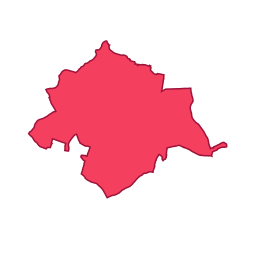 the district of Bicaz, Maramures, Romania, rotated 310°
{"feature_id": "2599482B90177123202958", "entity_name": "Bicaz", "entity_type": "district", "adm_level": 2, "iso_a3": "ROU", "parent_name": "Romania", "parent_adm1": "Maramures", "projection": "orthographic", "projection_center": [23.009, 47.453], "detail": "fine", "context": "isolated", "style": "filled", "palette": "rose", "viewbox_px": 256, "rotation_deg": 310, "n_neighbors": 0, "source": "geoboundaries", "source_scale": "gbopen_adm2", "svg_char_len": 5692}
<svg xmlns="http://www.w3.org/2000/svg" viewBox="0 0 256 256"><g transform="rotate(310 128 128)"><path d="M190.4,160.6L192.1,158.8L194.1,155.7L195.3,154.5L196.0,153.4L197.1,152.0L198.1,151.3L198.8,150.5L195.8,147.3L194.8,146.0L191.9,143.0L182.0,131.9L179.4,130.8L177.6,130.2L181.3,128.1L183.8,126.5L185.1,125.8L187.6,124.2L188.4,123.9L188.6,123.9L190.5,122.2L191.8,121.4L189.6,117.2L188.5,115.5L188.0,115.7L187.9,115.5L187.4,115.6L186.6,114.0L186.1,112.6L186.4,111.9L186.5,110.8L186.6,108.3L186.8,108.3L186.9,108.0L187.0,107.9L187.7,107.5L187.9,107.1L188.3,107.2L188.6,107.1L189.8,105.7L190.1,105.5L189.8,105.0L189.8,104.7L189.1,105.3L189.0,104.7L189.0,104.3L188.4,103.1L187.6,100.9L187.2,100.2L186.4,99.2L186.3,98.9L185.6,97.9L185.1,98.0L183.4,95.2L182.7,95.0L182.6,95.4L182.1,95.2L182.4,94.3L182.7,93.9L182.4,93.4L181.5,92.4L182.6,91.4L183.0,90.5L182.4,89.6L182.0,88.6L181.7,88.3L181.7,88.2L181.0,86.3L181.1,86.1L181.3,85.7L181.5,85.5L181.9,85.5L181.9,84.8L181.8,84.4L181.5,83.9L181.2,83.6L181.7,81.5L182.1,81.3L182.1,81.1L181.7,79.0L181.1,78.1L181.1,77.8L180.7,77.2L180.0,76.8L179.6,76.3L177.6,71.9L176.4,68.6L176.5,66.5L176.3,64.7L176.5,63.2L176.8,62.7L178.2,61.0L178.7,60.8L179.7,60.6L179.4,59.7L179.4,59.4L179.9,58.4L179.9,57.5L180.4,56.7L180.9,56.1L180.8,55.6L180.5,55.2L179.5,54.6L179.0,54.6L178.3,54.2L177.4,54.0L175.1,54.5L174.7,54.5L174.2,55.0L173.8,55.2L172.2,55.6L170.9,55.7L170.0,55.6L169.1,55.4L167.4,53.5L167.0,53.4L165.6,54.0L165.2,54.7L164.8,55.6L164.1,56.4L163.7,56.8L162.0,57.2L159.6,57.2L158.1,57.1L156.6,56.8L156.1,56.4L154.6,55.7L153.2,55.6L151.5,55.1L150.8,54.7L150.1,53.9L149.7,53.7L149.0,53.7L147.0,54.0L146.3,53.8L145.3,53.1L144.5,52.9L143.1,53.1L141.6,52.7L140.2,52.9L139.3,52.9L138.3,52.7L137.4,52.4L136.8,52.4L136.6,51.5L136.0,50.0L134.6,47.0L133.9,45.2L133.5,44.7L132.8,43.3L132.6,43.0L131.8,42.4L130.4,41.7L129.1,41.4L128.0,41.4L125.2,41.8L123.8,41.5L123.0,42.2L120.9,44.6L119.8,44.9L116.0,46.7L114.4,46.8L112.4,46.5L111.6,46.1L109.9,44.8L109.3,44.2L108.7,43.4L108.0,42.7L105.7,40.9L104.7,40.4L103.5,43.0L103.4,43.9L103.0,45.2L102.9,46.0L102.4,46.9L101.7,47.7L101.6,48.1L100.6,47.9L100.2,48.8L98.9,50.9L98.6,51.6L98.4,52.0L97.6,53.2L97.3,54.0L95.8,58.7L94.7,61.4L94.3,62.1L93.0,61.0L92.3,60.5L89.2,59.6L87.1,58.9L84.9,58.5L83.3,57.8L82.6,57.5L81.9,57.3L80.4,56.6L77.8,54.9L76.9,54.4L75.6,54.0L74.8,53.9L71.8,54.2L70.2,54.6L68.7,55.5L68.2,55.7L63.6,55.8L62.4,55.6L61.6,55.1L60.5,55.5L59.8,55.6L59.5,57.4L59.4,59.1L59.4,60.5L59.0,61.9L58.5,63.2L58.0,64.9L57.9,65.9L58.1,66.9L58.0,67.6L57.9,68.7L57.5,69.7L57.3,70.8L57.4,71.6L57.2,72.2L57.3,72.8L59.4,78.7L60.1,78.6L60.6,78.7L61.2,79.0L61.5,79.0L63.1,81.1L64.9,80.3L66.3,80.0L66.8,79.7L67.1,79.7L66.8,79.3L71.1,77.1L71.9,78.8L74.4,85.6L76.2,90.1L73.5,91.4L73.0,92.0L71.9,92.9L71.2,93.4L70.1,94.0L71.3,96.1L71.7,96.5L72.1,97.2L73.2,96.7L75.3,95.0L76.6,93.4L77.4,92.7L79.2,92.1L80.4,91.9L83.7,91.6L88.4,91.6L90.1,92.6L86.8,98.4L85.9,100.9L85.7,100.9L86.0,103.4L86.3,104.6L86.3,105.3L86.7,106.6L87.0,107.4L88.0,108.5L88.2,108.8L89.1,111.2L88.2,111.6L85.6,112.6L82.5,113.6L80.1,114.7L79.9,114.4L79.3,112.8L78.6,111.9L78.2,111.1L77.6,110.6L77.2,109.9L76.9,109.8L75.5,110.6L75.6,111.0L75.4,111.2L75.4,111.4L75.2,111.6L75.3,112.0L75.0,112.9L74.7,114.2L74.7,114.7L75.1,116.1L72.6,117.2L71.1,118.1L70.6,118.3L70.1,118.6L69.0,119.0L65.2,120.8L63.5,121.4L62.8,121.8L62.9,123.1L62.9,125.3L62.5,126.8L62.2,127.4L62.0,127.6L62.1,129.8L62.3,131.6L62.6,132.2L62.8,133.0L62.8,134.1L62.9,134.3L63.7,136.1L64.1,137.1L64.9,138.7L65.3,140.1L65.0,143.3L65.0,144.1L65.1,145.0L64.9,145.8L64.7,147.5L64.3,149.0L62.9,152.8L61.2,156.7L61.2,156.9L63.8,158.0L65.0,158.6L67.1,159.9L67.8,160.7L69.3,161.6L70.4,162.0L72.3,162.9L75.1,163.3L75.8,163.3L76.9,163.6L78.3,164.2L79.7,164.6L81.3,165.3L82.1,165.8L83.9,166.7L85.3,167.1L87.9,167.4L90.0,167.4L90.6,167.5L94.2,167.5L97.0,167.7L99.0,168.1L100.5,168.9L103.2,169.2L103.7,169.6L104.4,170.4L105.5,171.2L107.8,172.4L108.4,172.8L108.8,173.3L109.6,174.4L110.1,175.6L110.5,175.4L110.9,175.1L111.7,174.6L112.9,174.3L115.9,173.1L116.1,173.0L116.2,172.7L116.3,172.5L117.2,171.9L120.9,170.2L121.7,170.2L122.4,169.6L123.1,169.6L124.6,169.1L125.9,169.1L126.5,169.0L127.2,168.6L127.5,168.6L127.7,169.5L128.0,170.5L128.0,170.9L127.7,172.9L127.4,173.3L126.7,173.6L126.2,174.0L126.0,174.3L125.5,175.8L127.2,176.0L127.9,176.5L128.4,176.6L129.0,176.3L130.1,176.2L131.2,175.2L131.5,175.1L131.8,175.2L132.0,175.1L132.0,174.7L132.5,174.5L132.7,174.2L133.4,173.7L134.2,173.0L137.1,171.3L137.6,170.8L137.8,170.7L142.4,174.1L144.7,176.1L147.4,178.1L147.7,178.3L148.1,179.7L149.0,183.6L149.1,183.8L149.3,183.6L150.2,186.3L150.2,186.6L150.4,187.3L150.5,187.8L150.6,188.0L151.0,189.6L151.2,191.8L151.5,193.4L152.0,195.2L152.3,197.0L152.7,198.2L152.8,198.9L153.2,200.2L153.8,201.3L154.4,201.5L154.4,202.0L154.5,202.2L156.1,204.6L157.5,206.2L158.3,207.5L159.2,208.3L159.8,209.1L160.0,209.5L160.3,210.4L160.7,209.9L161.0,209.5L163.4,208.4L164.0,208.3L164.6,208.3L167.7,210.0L168.5,210.3L169.4,210.4L169.7,210.2L169.9,210.2L170.8,210.8L172.7,211.6L174.8,213.6L175.4,214.4L177.0,215.6L177.3,215.5L178.4,214.5L178.8,213.9L178.9,213.5L179.0,213.3L178.8,212.5L178.7,211.0L178.2,210.2L177.6,209.8L176.2,209.1L174.1,208.4L172.2,207.5L170.2,206.7L168.8,205.8L168.0,206.2L167.4,206.0L167.1,205.7L167.2,205.4L166.5,205.0L165.6,204.4L165.2,204.3L166.3,202.8L166.7,201.8L167.6,200.4L170.2,197.3L171.1,195.8L171.2,195.5L171.4,195.3L172.0,193.5L171.9,193.2L172.0,193.1L173.5,189.6L174.1,187.9L176.2,179.5L175.9,177.3L176.0,175.1L176.7,171.7L177.1,170.6L178.2,169.1L180.3,166.9L180.9,165.8L183.2,162.8L185.2,161.7L186.0,161.3L188.1,161.0L189.6,160.7L189.9,160.5L190.4,160.6Z" fill="#f43f5e" stroke="#9f1239" stroke-width="1.5"/></g></svg>